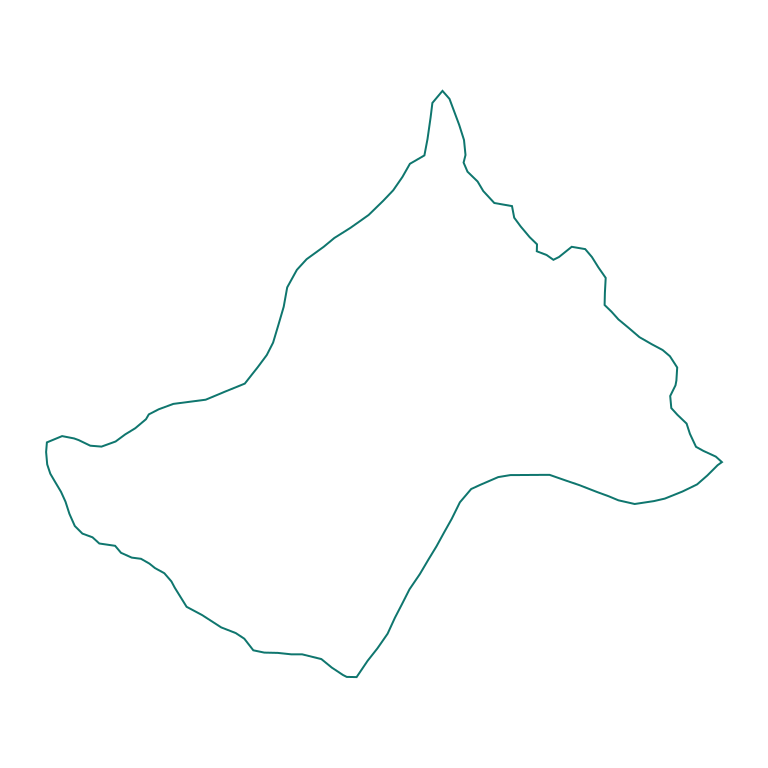 outline of Zaqatala District, Zaqatala, Azerbaijan
{"feature_id": "54616110B4759617374649", "entity_name": "Zaqatala District", "entity_type": "district", "adm_level": 2, "iso_a3": "AZE", "parent_name": "Azerbaijan", "parent_adm1": "Zaqatala", "projection": "mercator", "projection_center": [46.691, 41.618], "detail": "fine", "context": "isolated", "style": "outline", "palette": "teal", "viewbox_px": 768, "rotation_deg": 0, "n_neighbors": 0, "source": "geoboundaries", "source_scale": "gbopen_adm2", "svg_char_len": 1919}
<svg xmlns="http://www.w3.org/2000/svg" viewBox="0 0 768 768"><path d="M721.9,462.1L715.8,456.6L703.4,450.9L696.0,446.8L689.9,433.8L686.6,423.6L677.4,414.8L671.3,408.1L670.2,396.0L675.5,385.3L676.4,380.5L677.2,367.5L669.9,356.2L662.6,350.0L651.9,344.3L639.5,337.2L628.3,327.6L618.4,319.4L611.6,311.8L604.6,305.0L604.9,292.6L605.7,277.9L598.4,267.4L591.9,257.0L585.2,249.1L571.7,246.8L559.0,257.0L553.4,259.8L546.6,255.0L536.8,251.3L537.0,244.3L529.7,237.2L520.7,226.5L514.2,217.7L512.0,206.1L494.3,203.0L483.3,191.1L477.6,181.5L467.5,171.7L463.6,162.6L465.5,155.0L464.0,140.0L459.2,124.9L449.5,98.9L442.5,90.9L441.7,91.8L432.4,102.9L430.6,117.4L427.5,139.1L424.4,155.4L409.9,163.8L402.4,177.0L393.2,190.3L383.1,200.9L368.6,215.0L350.5,227.8L334.3,238.0L323.7,246.8L306.6,259.2L296.9,269.8L287.2,287.4L283.7,306.8L278.4,324.9L273.1,342.6L266.8,355.0L257.5,367.5L252.1,374.3L244.8,383.6L224.6,391.8L220.6,393.5L205.7,399.7L173.3,403.9L158.7,409.3L148.8,414.4L146.0,419.2L135.3,428.2L125.2,434.4L115.6,441.5L101.5,446.6L90.3,445.7L78.7,440.1L74.0,438.4L73.9,438.4L62.1,436.1L46.9,442.4L46.1,452.0L47.2,464.4L50.3,473.7L54.8,481.4L61.0,491.8L65.5,501.7L69.4,513.8L74.8,526.0L82.4,533.6L92.5,537.3L99.3,543.5L115.1,545.8L121.0,552.8L131.7,557.6L141.0,558.8L149.4,563.6L155.0,568.1L164.3,573.2L171.4,581.4L174.7,587.6L186.6,606.8L202.0,615.0L221.2,627.4L235.8,633.1L244.3,638.7L253.3,650.3L264.3,652.6L277.8,652.9L291.0,654.3L302.0,654.3L321.4,659.1L331.8,667.6L342.8,674.9L346.7,676.9L356.6,677.1L367.6,660.8L377.4,648.4L387.6,633.7L394.9,617.8L401.9,604.3L409.5,589.3L419.9,574.0L428.4,559.6L436.5,546.3L444.4,531.9L451.7,518.9L459.9,502.3L471.2,489.0L479.9,485.0L498.2,477.1L510.3,475.1L539.0,474.9L549.7,474.9L566.6,480.8L579.0,485.0L597.3,492.1L608.8,496.3L618.4,500.3L634.7,504.0L653.9,501.1L664.8,498.6L682.5,491.5L697.1,484.4L707.3,475.5L717.6,465.2L721.9,462.1Z" fill="none" stroke="#0f766e" stroke-width="2"/></svg>